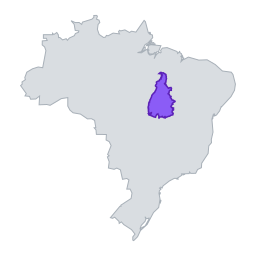 location of Tocantins within Brazil
{"feature_id": "BRA-596", "entity_name": "Tocantins", "entity_type": "State", "adm_level": 1, "iso_a3": "BRA", "parent_name": "Brazil", "parent_adm1": "", "projection": "mercator", "projection_center": [-48.148, -9.274], "detail": "fine", "context": "in_parent", "style": "filled", "palette": "violet", "viewbox_px": 256, "rotation_deg": 0, "n_neighbors": 0, "source": "natural_earth", "source_scale": "10m", "svg_char_len": 8472}
<svg xmlns="http://www.w3.org/2000/svg" viewBox="0 0 256 256"><path d="M59.7,37.4L62.6,39.9L66.2,38.7L67.4,40.3L69.4,38.0L74.3,35.7L75.4,33.5L78.5,32.3L78.8,30.9L75.2,30.4L74.2,24.4L71.1,20.7L75.3,22.6L79.1,22.5L81.7,24.4L82.5,22.1L91.9,19.2L93.9,17.3L93.8,15.5L96.6,15.4L97.4,16.2L96.5,19.2L99.0,20.1L99.8,22.5L98.1,24.4L97.4,29.4L99.2,34.5L103.6,37.5L105.5,37.1L106.4,35.4L108.1,35.8L113.1,33.1L119.5,33.9L118.5,31.7L119.5,30.3L120.7,30.9L124.9,29.9L129.5,32.5L131.5,31.2L135.9,32.1L144.1,20.4L145.4,21.7L148.2,32.4L149.6,34.1L152.4,35.0L152.7,37.7L148.0,42.9L145.1,44.6L141.3,51.6L137.5,52.6L141.5,52.8L147.2,49.2L148.3,53.7L149.9,55.1L155.9,53.6L154.1,58.7L156.4,54.6L159.2,52.2L160.5,52.9L161.2,52.2L160.6,50.4L162.4,48.1L167.1,47.6L177.0,51.5L177.7,53.5L179.1,52.1L181.4,53.7L182.0,55.3L180.8,56.5L181.4,57.1L182.6,56.0L182.9,57.1L181.8,58.2L181.0,61.7L182.6,60.2L183.7,57.6L183.9,59.5L188.4,57.1L198.8,60.1L207.1,59.8L215.2,64.5L222.4,71.0L231.3,72.2L233.0,74.6L235.4,84.1L234.5,90.3L231.0,96.6L221.4,107.0L221.4,106.1L219.6,110.9L216.5,115.0L215.1,115.7L214.1,113.8L213.2,114.7L211.9,119.2L213.0,132.1L211.3,139.6L211.5,142.7L208.8,145.8L208.1,153.5L201.7,163.2L201.4,167.7L197.6,169.5L195.7,173.3L190.7,173.4L189.6,172.0L189.2,173.6L181.5,173.9L181.9,175.2L177.0,178.4L174.2,178.4L169.3,181.0L163.1,185.8L162.0,188.1L160.9,187.2L160.5,188.3L159.1,187.8L160.9,189.2L159.4,190.7L159.0,193.3L160.0,199.0L158.7,207.5L153.5,212.5L147.1,224.5L141.0,230.0L140.8,228.2L145.2,225.9L148.9,219.3L149.0,218.1L146.5,218.8L145.0,216.7L145.8,218.8L145.1,221.3L141.3,225.3L140.1,228.5L140.5,230.4L137.6,236.7L133.7,240.6L132.8,240.1L132.8,236.9L135.0,234.1L131.5,229.6L123.8,224.6L121.4,221.9L119.2,223.4L119.0,221.4L114.7,217.2L112.6,218.3L110.4,217.7L119.9,206.3L121.0,206.3L120.8,205.2L131.1,198.5L132.0,193.0L130.1,189.1L126.8,189.1L128.9,179.9L126.8,178.5L122.5,179.3L120.4,169.8L116.8,168.1L114.1,169.3L108.4,168.0L109.2,161.8L107.4,156.9L109.1,155.8L107.6,154.5L111.1,145.6L109.2,141.6L106.1,140.0L106.4,134.5L96.4,134.4L96.0,129.9L94.2,127.8L95.8,127.7L94.6,120.4L91.4,118.7L87.5,118.9L80.5,114.1L73.1,112.8L70.0,110.2L67.8,106.1L67.8,97.6L61.3,98.6L50.1,105.3L46.8,104.5L39.1,104.8L39.6,96.0L35.8,99.0L30.6,99.2L29.5,96.4L25.0,95.9L26.3,93.6L20.6,85.6L22.2,84.2L22.0,82.0L25.4,79.6L24.8,77.6L26.8,72.2L32.5,68.8L38.2,67.0L42.7,67.7L45.9,50.6L44.6,46.9L42.2,44.9L42.3,40.9L47.2,40.5L46.3,38.3L43.4,38.3L43.4,34.7L52.6,34.7L52.5,33.2L53.9,34.5L56.8,32.5L58.3,34.8L58.6,37.6L59.7,37.4ZM150.8,44.7L160.9,45.7L158.5,51.7L156.7,51.8L156.3,52.9L154.8,52.4L153.2,53.9L149.3,53.9L148.0,50.9L149.0,50.1L147.8,49.1L148.6,45.6L150.8,44.7ZM142.1,52.0L143.7,47.7L145.3,47.1L145.1,49.7L142.1,52.0ZM153.6,42.6L152.6,44.2L150.3,43.9L150.6,42.8L153.6,42.6ZM150.1,40.9L149.7,44.1L148.7,43.8L150.1,40.9ZM155.2,44.7L153.7,44.9L153.1,44.6L154.8,43.6L155.2,44.7ZM148.5,44.8L147.0,45.9L146.4,45.3L147.5,44.4L148.5,44.8ZM151.3,41.9L150.6,41.3L151.8,40.6L151.9,41.2L151.3,41.9ZM150.5,33.5L149.6,33.6L149.4,32.4L150.2,32.4L150.5,33.5ZM160.4,202.5L160.1,201.3L160.8,200.3L161.0,200.6L160.4,202.5ZM177.9,178.0L178.1,179.2L177.0,179.0L177.9,178.0ZM159.9,194.1L159.4,193.4L160.1,192.7L160.4,193.0L159.9,194.1ZM182.3,59.5L181.7,60.7L182.4,59.0L182.3,59.5ZM214.6,115.9L213.5,116.2L214.2,115.3L214.6,115.9ZM184.3,174.5L183.2,174.9L183.0,174.6L183.7,174.1L184.3,174.5ZM212.9,118.2L212.5,118.9L212.3,118.4L212.9,118.2ZM179.6,51.0L179.7,51.7L179.4,51.6L179.6,51.0Z" fill="#d9dde1" stroke="#a8b0b8" stroke-width="1"/><path d="M175.4,101.0L175.2,101.1L175.1,101.5L174.9,101.7L174.0,102.2L173.8,102.3L173.5,102.4L173.3,102.7L173.0,102.8L172.7,103.1L172.4,103.4L172.3,103.6L172.5,103.7L172.5,103.8L172.7,104.1L172.8,104.2L172.6,104.3L172.3,104.4L172.0,104.6L171.7,105.3L171.5,105.7L171.1,106.0L170.9,106.5L171.0,106.8L171.3,107.0L171.5,107.4L171.6,107.5L172.5,107.6L173.0,107.8L173.4,108.0L173.6,108.1L173.5,108.4L173.3,108.5L172.7,108.8L172.5,109.0L172.6,109.3L173.0,109.4L173.5,109.6L173.6,109.8L173.3,110.1L172.9,110.3L172.7,110.6L172.3,110.8L172.2,110.9L172.1,112.2L172.3,112.7L172.6,112.9L173.0,113.0L173.2,113.7L172.7,114.4L172.7,114.6L172.8,114.8L172.4,115.0L172.1,115.0L171.6,115.1L171.4,115.2L170.8,115.3L170.5,115.5L169.9,116.1L169.2,116.3L168.7,116.3L168.1,116.5L167.0,117.0L166.7,117.0L166.1,117.3L165.8,117.4L165.6,117.6L165.5,117.3L165.3,117.1L165.3,116.9L165.1,116.8L165.0,116.5L164.9,116.5L164.7,116.7L164.6,116.9L165.0,117.8L164.9,117.9L163.9,117.6L163.4,117.3L163.2,117.4L162.7,117.0L162.4,116.9L162.2,116.9L162.3,116.4L162.2,116.3L161.8,116.5L161.3,116.9L161.0,117.0L160.4,117.0L159.8,116.8L159.5,116.8L159.5,117.0L159.3,117.8L159.2,117.9L159.0,118.1L158.9,118.0L158.8,117.8L158.8,117.6L158.9,117.1L158.9,116.5L158.7,116.0L158.7,115.7L158.6,115.2L158.4,115.0L158.0,114.7L157.6,114.5L157.5,114.3L157.6,114.0L157.3,114.1L156.8,114.4L156.0,115.9L155.6,116.7L155.6,116.9L155.6,117.2L155.5,117.3L155.4,117.3L154.8,117.1L154.5,117.0L153.9,116.9L152.6,116.3L152.3,116.1L152.2,116.0L151.8,116.0L150.7,115.5L150.6,115.3L150.6,114.7L151.0,114.0L151.0,113.8L151.0,113.4L151.4,113.0L151.4,112.9L151.4,112.7L150.6,113.0L150.2,113.4L150.1,113.5L149.9,113.8L149.8,114.1L149.7,114.2L149.6,114.8L149.5,115.1L149.2,115.0L149.0,114.9L148.8,114.8L148.8,114.6L148.8,114.4L148.7,114.0L148.5,113.9L148.4,113.7L148.5,113.7L148.7,113.1L148.6,112.9L148.8,112.7L148.7,112.0L148.7,111.8L148.6,111.6L148.4,111.4L148.4,110.5L148.4,110.3L148.5,110.2L148.5,109.9L148.6,109.7L148.4,109.5L148.3,109.1L148.2,108.9L148.2,108.7L148.5,108.4L148.6,108.1L148.2,107.8L148.1,107.5L148.1,107.0L148.3,106.4L148.4,106.2L148.5,105.5L148.6,105.3L148.7,105.2L148.8,105.1L148.6,104.3L148.8,104.1L148.7,103.7L148.8,103.6L148.9,103.3L148.9,103.1L148.8,102.9L149.0,102.6L149.2,102.3L149.3,102.3L149.2,102.1L149.4,101.8L149.4,101.5L149.8,101.1L149.9,100.8L150.0,100.3L149.9,100.0L150.1,99.7L150.5,99.3L150.6,98.7L150.9,98.2L151.1,97.7L151.3,97.5L151.3,97.3L151.5,96.9L151.6,96.3L151.8,95.7L151.8,95.4L152.1,95.0L152.2,94.8L152.5,94.5L152.9,94.1L153.0,93.9L153.2,93.6L153.3,93.5L153.4,93.3L153.5,93.2L153.9,92.9L154.2,92.8L154.3,92.8L154.5,92.6L154.6,92.4L154.8,92.0L154.9,91.9L155.0,91.5L155.0,91.4L155.3,91.1L155.5,90.5L155.8,90.2L156.3,88.8L156.4,88.6L156.5,88.4L156.5,87.9L156.7,87.5L156.7,87.2L156.6,86.9L156.4,86.8L155.7,86.3L155.5,86.1L155.5,85.8L155.5,85.6L155.5,85.3L156.4,84.2L156.6,83.9L156.6,83.0L156.4,82.3L156.4,82.1L156.5,82.0L157.5,81.3L158.2,81.1L158.4,81.1L158.6,81.0L159.3,80.7L159.5,80.5L159.5,80.4L159.5,80.1L159.4,80.0L159.8,79.4L160.3,79.0L160.5,78.9L160.9,79.0L161.0,79.0L161.0,78.8L160.8,78.7L160.8,78.4L160.8,77.9L161.3,77.7L161.5,77.6L161.5,77.3L161.4,77.2L161.2,77.0L161.3,76.9L161.8,76.7L161.8,76.4L161.5,76.1L161.4,75.6L161.5,75.5L162.0,75.4L162.3,75.1L162.2,74.8L162.0,74.6L161.9,74.5L161.6,74.5L161.4,74.4L161.0,73.7L160.9,73.7L160.2,73.7L160.0,73.8L159.6,73.7L159.3,73.5L159.1,73.5L159.4,73.2L159.6,73.2L159.7,73.3L159.8,73.3L159.9,73.2L160.1,72.7L160.3,72.5L160.8,72.4L161.2,72.4L161.4,72.5L162.2,72.9L162.5,73.0L162.8,72.9L163.0,72.8L163.6,72.9L163.8,73.1L163.9,73.4L163.9,73.5L164.0,73.6L164.4,73.6L164.6,73.7L165.3,74.1L165.6,74.2L165.7,74.3L165.8,74.4L166.0,74.8L165.9,75.6L166.1,75.8L166.1,76.0L166.3,76.3L166.3,76.5L166.2,76.9L166.2,77.6L166.3,78.0L166.5,78.3L166.5,78.5L166.3,79.0L166.3,79.4L166.3,79.5L166.1,80.0L166.1,80.3L165.9,80.9L166.0,81.1L165.8,81.4L165.8,81.7L165.9,81.9L165.8,82.4L165.7,82.6L165.3,82.9L165.1,83.4L164.8,83.3L164.6,83.4L164.5,83.6L164.6,83.8L164.9,84.0L165.0,84.2L165.3,84.0L165.7,84.1L165.9,84.2L166.0,84.4L165.9,84.6L165.5,84.9L165.3,85.0L165.8,85.0L166.0,85.5L166.3,85.5L166.5,85.8L166.6,86.0L166.8,86.1L166.9,86.3L167.0,86.4L167.0,86.6L167.4,87.0L167.5,87.1L167.7,87.3L168.0,87.7L168.1,87.9L168.3,88.0L168.4,88.3L168.5,88.3L168.7,88.2L168.9,88.1L169.3,87.8L169.8,87.8L169.9,87.6L170.5,87.6L170.9,87.5L171.0,87.7L171.3,87.9L171.5,88.4L171.3,89.0L171.3,89.4L171.2,89.6L171.1,89.8L171.2,90.1L171.3,90.2L171.3,90.3L170.4,90.3L170.1,90.3L169.7,90.5L169.2,91.3L169.1,91.9L169.0,92.1L169.1,92.6L168.7,93.0L168.2,93.5L168.1,93.8L168.3,94.0L168.9,94.0L169.2,94.2L169.4,94.6L169.5,94.9L169.5,95.4L169.6,95.6L169.9,95.9L170.4,96.1L170.9,96.3L171.1,96.4L171.1,96.5L170.8,96.9L170.7,97.2L170.7,97.3L170.4,97.4L170.3,97.5L170.4,97.8L170.6,97.9L170.9,98.1L171.3,98.4L171.5,98.8L171.5,99.2L171.7,99.4L171.8,99.7L172.0,99.9L172.1,100.1L172.4,100.2L172.8,100.1L173.0,100.1L173.6,100.3L173.9,100.7L174.3,100.9L175.0,101.0L175.4,101.0Z" fill="#8b5cf6" stroke="#5b21b6" stroke-width="1.5"/></svg>